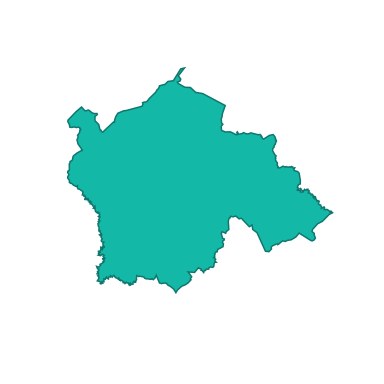 Sultepec, México, Mexico (Albers equal-area conic projection), rotated 288°
{"feature_id": "50627088B3947327185408", "entity_name": "Sultepec", "entity_type": "district", "adm_level": 2, "iso_a3": "MEX", "parent_name": "Mexico", "parent_adm1": "México", "projection": "albers", "projection_center": [-100.013, 18.721], "detail": "fine", "context": "isolated", "style": "filled", "palette": "teal", "viewbox_px": 384, "rotation_deg": 288, "n_neighbors": 0, "source": "geoboundaries", "source_scale": "gbopen_adm2", "svg_char_len": 5973}
<svg xmlns="http://www.w3.org/2000/svg" viewBox="0 0 384 384"><g transform="rotate(288 192 192)"><path d="M307.6,146.5L305.6,143.2L292.1,139.9L289.7,135.0L286.1,133.1L283.0,128.3L280.2,128.2L278.0,127.0L276.0,126.8L268.0,122.6L264.4,121.3L263.4,120.5L262.7,118.6L261.6,117.4L260.7,118.2L258.1,118.0L249.2,104.3L248.1,101.9L244.0,97.1L239.8,96.2L236.4,96.2L234.4,96.7L234.3,95.7L221.3,88.6L221.5,87.3L222.8,86.2L222.8,85.2L227.4,82.4L229.8,77.7L233.9,76.4L236.4,78.0L237.3,77.4L236.4,74.9L236.4,72.5L238.0,68.5L237.7,67.5L236.5,66.3L236.2,65.0L238.7,60.7L232.5,56.9L222.1,51.9L220.6,52.1L218.3,54.5L215.9,55.8L216.2,57.7L217.4,59.6L217.6,62.3L218.6,64.0L218.4,65.5L217.4,65.8L217.3,66.8L215.5,66.3L214.6,66.7L212.5,66.4L210.6,65.6L209.8,66.4L207.7,66.8L206.2,66.4L202.4,68.8L199.1,73.3L198.5,73.6L198.1,74.7L197.4,74.7L197.1,73.9L193.4,70.5L190.1,68.3L189.1,67.9L185.7,68.3L184.7,68.0L183.4,66.6L182.6,67.0L180.8,66.6L174.9,68.6L173.4,67.5L172.3,67.6L170.3,69.6L168.2,69.1L166.8,69.5L165.2,71.7L164.3,72.3L163.5,72.2L162.7,73.7L163.0,74.8L161.8,77.3L161.5,80.0L162.5,81.1L161.0,81.4L159.7,82.7L159.8,84.3L158.8,87.7L158.0,88.4L155.3,88.6L155.6,90.2L154.6,90.6L155.1,91.6L154.5,92.2L153.2,92.3L153.2,93.0L152.3,92.2L151.8,92.3L152.4,95.0L153.5,94.6L153.6,95.4L152.2,96.5L151.7,96.0L151.4,96.2L151.8,97.8L150.6,97.7L151.2,99.2L149.5,98.8L149.7,99.5L149.1,100.1L149.5,100.8L147.3,103.0L148.6,103.9L146.8,104.8L146.1,103.8L146.0,105.0L143.6,106.3L143.8,109.3L142.9,108.3L142.3,111.2L140.8,111.2L139.9,110.6L139.8,111.8L140.5,112.5L138.8,111.7L137.8,112.2L136.8,111.7L136.0,113.2L134.9,112.0L134.1,113.0L132.9,112.3L130.5,113.5L129.7,114.6L126.2,115.4L126.0,115.9L126.6,116.6L124.9,117.3L124.4,118.6L123.6,118.6L122.7,117.3L122.1,118.4L123.0,119.3L121.0,119.5L119.7,121.1L118.0,120.6L116.9,121.4L117.0,123.7L115.6,123.1L114.1,123.8L113.0,125.4L112.3,125.6L112.0,125.1L112.4,124.1L110.3,124.4L111.5,123.3L111.4,122.3L109.4,123.0L109.7,123.9L108.3,122.9L107.6,123.1L106.7,121.3L106.2,121.5L105.8,123.2L104.7,122.0L104.2,122.1L103.9,123.4L103.0,122.6L103.2,124.7L105.2,126.0L104.7,128.0L103.5,127.2L102.0,129.7L101.5,129.4L101.7,128.2L101.0,127.6L100.2,128.2L99.9,129.5L99.1,129.9L98.2,128.9L97.8,129.5L97.3,129.3L94.8,126.9L94.1,127.7L92.1,126.7L91.7,126.1L91.8,124.3L89.7,125.9L90.0,127.0L88.8,127.6L88.0,127.2L86.9,127.7L87.3,126.9L87.1,126.7L86.0,127.4L85.1,126.9L84.8,127.0L85.3,128.1L84.0,128.7L83.3,128.3L83.2,129.3L82.5,129.1L81.6,130.2L78.2,129.4L78.4,131.8L77.8,133.0L76.6,133.0L76.4,133.7L77.8,135.4L78.6,134.1L79.1,134.1L79.5,136.0L82.1,135.0L82.2,136.6L83.3,136.4L84.7,137.0L83.7,137.8L83.5,139.4L85.1,138.9L85.7,139.3L85.9,140.7L87.2,140.4L86.4,142.5L88.3,143.0L88.6,143.6L87.5,144.6L87.5,145.7L86.9,145.8L86.8,148.2L87.6,148.9L86.9,149.4L86.3,149.1L86.3,149.9L85.7,150.3L86.3,151.2L85.7,151.5L86.1,151.9L85.8,154.0L84.5,154.5L84.6,155.6L85.2,155.9L84.3,156.6L85.9,157.6L85.4,158.5L85.9,159.8L84.7,160.5L86.2,161.5L85.9,161.8L84.2,161.2L84.0,161.8L85.4,162.9L86.2,164.4L87.4,163.8L89.2,164.5L89.2,165.1L88.4,165.5L88.8,166.3L90.1,166.0L91.5,166.4L92.2,165.9L95.5,165.3L95.2,167.6L95.8,168.5L96.3,172.5L95.4,173.6L95.2,175.0L96.0,177.8L95.9,179.0L96.4,180.2L97.2,180.6L96.6,182.2L98.7,183.4L101.8,183.7L95.4,189.2L95.5,191.4L96.8,193.6L97.3,195.6L95.8,198.3L95.7,200.2L94.0,204.6L91.3,207.8L94.1,208.4L99.2,211.3L101.4,214.0L104.2,216.3L108.2,218.2L108.9,217.2L111.3,217.9L114.8,213.0L116.3,219.3L121.9,221.5L121.5,222.1L121.6,224.5L120.4,224.7L120.4,225.8L119.0,228.0L121.2,227.9L121.5,229.1L122.9,229.3L123.8,231.7L125.3,231.6L126.3,232.6L126.8,235.1L127.7,235.7L130.8,235.2L132.2,235.4L132.7,236.7L133.4,235.3L134.4,234.9L135.4,235.3L136.4,232.9L137.3,233.8L138.2,233.1L139.7,233.2L140.3,232.5L142.7,233.6L142.9,234.4L145.3,234.2L149.6,238.4L152.4,237.9L153.6,236.4L155.5,236.7L156.1,237.4L157.3,237.3L157.5,235.3L161.8,232.6L163.5,232.9L163.2,236.8L164.9,236.8L167.7,238.6L175.3,235.6L178.3,235.3L179.0,236.1L180.9,236.3L181.0,238.6L182.7,241.1L181.0,245.1L182.3,247.0L176.7,257.3L179.2,259.3L175.1,261.4L173.4,266.4L158.4,280.1L159.0,283.6L162.4,285.2L163.8,284.4L165.5,285.0L168.8,288.6L169.1,289.6L168.5,289.9L168.9,290.3L173.5,293.2L173.8,296.0L175.6,297.9L177.1,301.0L181.3,304.7L186.0,306.6L182.6,320.0L182.6,321.4L184.2,323.0L186.1,323.6L186.8,323.2L189.2,321.3L190.4,321.1L191.5,318.4L193.6,318.2L200.6,321.3L204.3,325.0L213.0,329.4L215.7,332.1L216.7,330.1L215.6,330.1L215.4,329.5L216.7,327.9L217.1,325.9L216.2,323.1L218.2,322.8L218.6,322.2L216.5,320.1L217.7,320.0L218.5,318.9L219.4,318.4L219.3,316.7L220.0,315.9L222.5,315.8L222.8,314.4L221.8,313.8L224.0,311.8L223.6,311.0L225.2,311.2L225.7,310.6L225.5,309.9L224.1,309.3L224.7,308.6L225.7,308.9L227.0,307.1L226.2,306.2L226.9,305.8L227.5,304.3L227.1,303.0L229.2,303.2L229.5,302.8L229.3,301.9L230.5,301.4L230.0,300.3L228.8,299.7L229.3,298.2L227.7,297.9L227.5,296.6L226.5,297.6L225.9,296.9L225.6,294.9L228.5,295.0L228.8,294.2L226.8,294.1L226.2,291.6L226.6,291.4L228.3,292.6L228.9,290.7L231.9,291.0L233.1,292.5L236.4,291.5L243.0,288.1L244.1,286.2L243.9,282.6L244.9,282.0L246.7,282.2L246.0,280.7L246.4,279.9L246.8,280.0L247.0,278.6L245.9,277.8L246.0,276.8L245.2,275.5L245.3,273.7L244.5,272.9L244.7,270.6L242.0,268.0L241.7,266.1L242.8,266.1L243.5,264.9L245.9,264.3L247.9,261.8L249.3,261.1L250.0,261.3L250.6,260.5L252.3,260.9L253.0,259.3L256.2,255.9L258.5,255.4L259.7,256.2L261.5,255.8L263.4,256.5L265.1,256.2L266.1,256.6L267.3,256.2L267.5,255.2L268.4,255.1L270.4,253.6L271.7,251.3L269.7,248.1L264.5,243.8L264.8,242.4L266.4,241.1L266.1,240.6L267.2,240.2L267.7,238.9L266.9,237.0L266.4,229.6L265.2,228.4L264.1,226.0L264.4,222.6L262.9,221.4L261.6,219.0L261.5,218.5L263.2,216.5L262.4,216.2L260.8,217.6L260.1,216.4L261.1,210.1L259.4,205.1L259.7,201.1L263.4,199.5L266.0,200.4L266.7,198.9L270.6,197.1L272.2,197.4L276.4,196.7L284.5,196.9L288.9,171.8L287.9,164.7L290.9,158.2L289.4,152.8L291.0,145.3L292.0,144.1L293.9,146.4L295.9,146.4L298.3,143.1L307.6,146.5Z" fill="#14b8a6" stroke="#0f766e" stroke-width="1.5"/></g></svg>